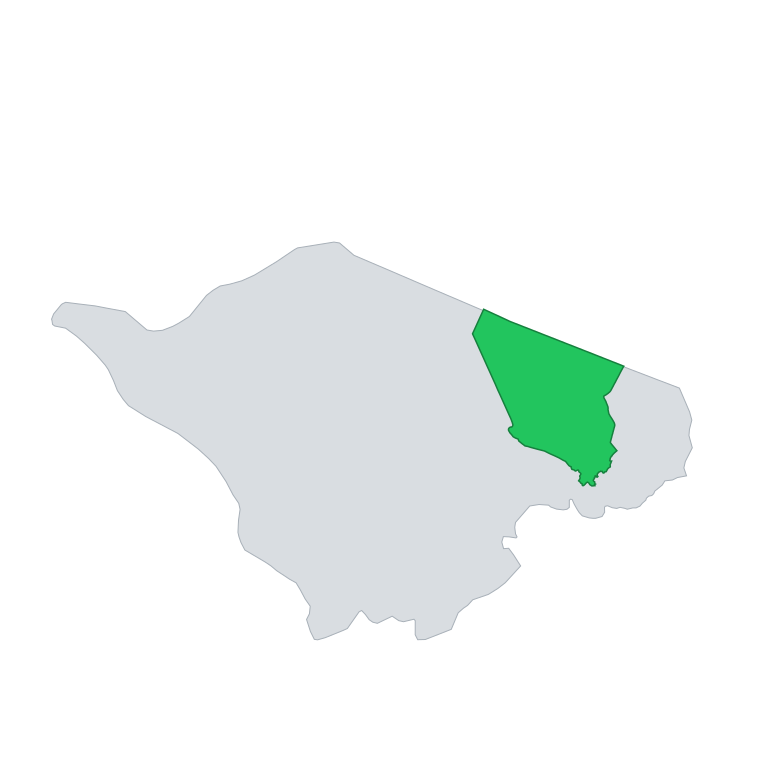 location of Duma, Rif Dimashq, Syria, rotated 237°
{"feature_id": "27442178B16442606574703", "entity_name": "Duma", "entity_type": "district", "adm_level": 2, "iso_a3": "SYR", "parent_name": "Syria", "parent_adm1": "Rif Dimashq", "projection": "equal_earth", "projection_center": [36.727, 33.326], "detail": "fine", "context": "in_parent", "style": "filled", "palette": "green", "viewbox_px": 768, "rotation_deg": 237, "n_neighbors": 0, "source": "geoboundaries", "source_scale": "gbopen_adm2", "svg_char_len": 5729}
<svg xmlns="http://www.w3.org/2000/svg" viewBox="0 0 768 768"><g transform="rotate(237 384 384)"><path d="M151.2,273.0L156.7,273.6L168.5,281.3L170.4,281.0L174.0,270.9L177.5,267.5L184.8,264.4L186.9,248.1L190.3,244.9L194.4,243.2L200.7,242.9L206.2,241.9L206.5,239.0L198.9,220.1L199.6,215.4L203.3,196.4L205.6,189.0L207.8,186.5L216.5,187.5L228.7,190.8L231.9,196.3L237.8,201.1L246.7,200.8L257.0,201.7L265.1,202.0L271.5,198.6L285.9,192.3L293.1,190.1L299.6,187.3L320.5,176.9L328.9,177.7L334.7,179.1L339.1,180.7L349.0,187.8L357.2,195.0L363.0,197.2L373.3,197.0L388.1,198.4L406.4,198.3L417.1,196.3L430.6,192.8L454.8,184.2L486.4,166.5L505.0,157.9L513.1,156.9L523.6,156.8L534.2,159.0L546.1,160.6L551.6,160.5L564.5,158.7L581.2,155.1L591.6,152.2L604.2,147.4L612.0,139.4L614.5,138.5L617.8,140.0L619.4,140.5L622.7,145.1L626.4,156.8L626.4,158.1L625.9,161.5L617.8,171.1L606.8,184.3L598.9,192.5L585.6,206.5L575.5,209.5L558.4,214.6L553.9,219.5L549.7,227.4L547.4,238.2L546.8,245.0L546.6,257.6L550.9,270.8L555.0,283.4L555.7,291.8L555.4,300.0L551.8,308.8L548.0,320.9L545.9,334.6L545.1,360.2L545.5,382.1L545.2,385.7L538.3,401.2L530.3,419.3L526.5,423.5L508.3,428.9L488.5,442.2L466.4,457.0L446.2,470.5L425.0,484.7L403.0,499.5L387.3,510.0L366.2,524.1L347.0,537.6L327.5,551.3L312.6,561.7L290.0,578.2L276.8,587.9L257.3,602.1L240.1,614.6L219.7,629.5L194.2,625.1L186.1,622.5L179.5,615.4L174.7,611.7L162.6,607.8L154.9,594.5L150.3,589.8L142.2,587.7L145.7,579.2L146.4,573.6L149.8,566.8L147.7,562.3L146.7,552.8L145.1,550.4L144.6,547.9L145.8,544.9L145.3,541.8L144.0,540.4L143.3,535.7L142.2,532.2L142.8,527.9L144.6,525.1L146.5,519.8L148.6,518.2L152.0,514.8L152.9,511.4L156.0,508.0L160.1,505.2L161.0,502.9L160.4,501.7L156.3,499.2L154.1,494.7L156.1,488.3L157.4,486.3L159.9,483.2L165.4,478.5L169.7,477.7L173.4,477.7L179.7,478.1L184.6,478.9L185.8,477.7L185.6,476.1L179.6,472.2L179.3,469.2L180.8,465.8L185.1,460.6L190.1,456.8L192.7,456.1L198.5,448.4L202.3,439.8L196.3,418.9L192.6,415.6L186.7,412.7L183.3,412.3L183.0,410.9L187.7,405.6L191.0,401.0L187.3,396.7L180.8,394.6L178.3,399.1L170.0,399.6L157.0,399.5L151.3,377.5L150.5,368.0L150.7,357.0L154.7,340.9L152.8,333.5L152.7,328.5L151.7,321.6L141.6,306.8L147.2,279.5L151.2,273.0Z" fill="#d9dde1" stroke="#a8b0b8" stroke-width="1"/><path d="M184.9,506.8L185.4,506.5L186.4,507.0L187.2,507.4L187.5,507.2L188.2,506.9L189.2,507.0L189.4,507.2L190.1,508.8L190.7,509.1L190.7,509.3L190.6,509.8L190.9,510.1L191.4,510.5L191.9,510.9L191.9,511.2L191.3,511.6L190.7,511.5L190.1,511.7L189.7,512.3L189.9,513.0L190.9,512.8L191.1,513.2L191.8,513.5L192.0,513.6L192.4,513.9L192.6,514.5L192.7,515.0L193.0,516.2L193.1,516.3L192.9,516.9L192.8,517.6L192.9,518.3L192.2,518.7L191.8,519.5L190.4,519.2L189.9,519.4L189.7,519.9L189.6,520.3L189.8,520.7L190.1,521.3L189.8,521.9L189.5,522.4L189.6,522.9L190.0,523.5L190.5,524.5L190.9,525.2L191.1,525.8L191.3,526.8L191.2,527.8L191.2,528.5L191.5,528.8L191.9,529.1L192.9,529.5L193.3,529.9L193.9,530.8L194.7,531.9L195.4,532.9L195.6,532.6L196.3,531.7L196.9,531.6L197.5,532.3L197.9,532.9L198.5,533.2L199.0,534.3L199.6,535.3L199.6,535.5L199.5,535.8L199.5,536.0L200.0,536.7L200.7,539.5L201.1,542.2L201.2,543.0L202.7,542.8L205.0,542.6L208.3,542.2L209.2,542.1L210.7,542.0L211.4,541.9L211.7,542.0L212.4,542.7L212.8,543.1L213.8,544.2L214.6,545.1L215.3,545.9L216.3,546.9L217.3,548.0L217.7,548.6L218.8,549.7L221.3,552.5L221.8,553.0L222.6,554.0L223.2,554.6L223.6,555.0L224.2,555.3L224.7,555.6L225.7,555.8L226.3,556.0L226.8,556.0L228.1,556.1L229.9,556.2L230.7,556.2L231.7,556.2L232.9,556.2L234.2,556.2L234.9,556.3L236.1,556.3L237.1,556.6L237.7,556.8L239.1,557.4L240.5,557.9L241.1,558.4L242.1,559.0L243.0,559.4L244.4,559.7L247.0,560.2L247.9,560.4L248.5,560.6L249.0,560.6L249.7,560.7L249.9,560.7L250.1,560.7L251.3,560.8L251.6,560.8L251.8,560.8L252.6,560.9L253.5,561.3L254.1,561.7L254.1,562.7L254.1,563.6L254.0,564.0L254.0,564.5L254.1,566.4L254.1,566.9L254.3,567.8L254.3,568.5L254.5,569.3L254.9,570.5L255.7,572.0L256.4,573.2L257.3,574.9L258.6,577.1L259.7,579.3L260.4,580.4L261.4,582.2L262.7,584.6L263.7,586.4L264.1,587.0L264.6,587.9L265.0,588.6L266.2,590.8L266.9,592.1L267.4,593.0L267.7,593.5L268.3,594.8L293.9,576.6L367.6,523.9L392.4,508.3L391.5,506.9L377.9,485.6L367.8,484.1L360.1,482.9L351.6,481.6L342.6,480.2L335.2,479.1L328.1,478.0L323.4,477.3L317.1,476.2L312.8,475.6L306.9,474.7L297.2,473.2L293.3,472.6L290.7,472.2L285.9,471.5L282.2,470.7L279.6,469.9L278.9,469.3L278.5,468.5L278.4,468.0L278.4,467.5L278.8,467.1L279.1,465.9L278.9,464.7L278.8,464.4L278.5,464.0L278.2,463.7L277.5,463.3L277.2,463.2L276.7,463.2L276.3,463.1L276.1,463.1L275.7,463.1L275.4,463.1L274.5,463.0L272.8,463.3L271.2,463.5L269.4,463.6L267.1,464.8L264.8,466.5L262.8,466.0L260.6,466.7L258.4,467.4L257.2,467.9L256.8,468.0L256.0,468.3L255.3,468.5L253.2,470.7L251.3,472.2L245.6,477.3L240.4,482.1L236.8,484.2L234.5,485.6L231.3,487.7L227.0,490.4L222.3,492.8L221.1,493.6L220.3,494.0L219.3,494.2L218.4,494.3L217.9,494.3L216.8,494.4L216.2,494.5L214.9,494.6L213.4,495.3L212.6,495.9L212.0,495.5L211.4,495.3L210.1,495.1L208.4,496.6L206.9,497.0L206.7,497.3L206.6,497.7L206.5,498.5L206.4,499.5L206.1,499.9L205.9,500.1L205.4,500.1L204.7,499.8L204.0,499.7L203.2,500.0L202.5,500.2L201.7,500.3L201.2,500.0L200.6,498.8L200.3,498.1L199.9,497.8L198.9,497.6L198.0,497.0L197.1,495.2L196.8,494.5L194.8,495.1L193.8,495.0L192.5,495.8L191.6,495.3L190.9,495.2L190.3,495.5L190.2,496.1L190.2,496.7L190.4,498.0L190.9,499.7L191.0,500.6L190.9,501.0L190.8,501.3L190.2,501.5L189.8,501.7L189.4,501.8L189.2,501.9L188.7,501.9L188.0,501.8L187.6,501.8L187.3,501.9L185.3,502.8L184.6,504.1L183.9,505.5L184.0,505.5L184.3,505.6L184.5,505.6L184.8,505.7L184.9,505.8L185.0,505.8L185.0,506.0L185.0,506.4L184.9,506.5L184.9,506.8L184.9,506.8Z" fill="#22c55e" stroke="#15803d" stroke-width="1.5"/></g></svg>